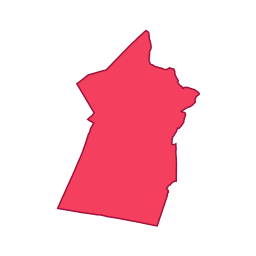 Nong Chok, Bangkok Metropolis, Thailand (Robinson projection), rotated 198°
{"feature_id": "78962969B63126335713570", "entity_name": "Nong Chok", "entity_type": "district", "adm_level": 2, "iso_a3": "THA", "parent_name": "Thailand", "parent_adm1": "Bangkok Metropolis", "projection": "robinson", "projection_center": [100.852, 13.842], "detail": "fine", "context": "isolated", "style": "filled", "palette": "rose", "viewbox_px": 256, "rotation_deg": 198, "n_neighbors": 0, "source": "geoboundaries", "source_scale": "gbopen_adm2", "svg_char_len": 5634}
<svg xmlns="http://www.w3.org/2000/svg" viewBox="0 0 256 256"><g transform="rotate(198 128 128)"><path d="M170.0,29.8L162.5,30.9L155.4,32.0L146.0,33.3L136.9,34.9L130.2,36.0L128.3,36.7L122.4,37.3L120.8,37.3L108.8,39.2L107.7,39.3L106.2,39.5L105.2,39.6L102.2,40.0L98.9,40.4L98.2,40.5L94.3,41.0L92.5,41.3L90.1,41.5L88.7,41.8L88.0,41.9L87.7,41.9L84.2,42.2L71.3,43.7L70.0,43.9L70.0,47.1L70.0,48.0L69.9,50.1L70.0,50.6L69.9,54.4L69.9,55.8L69.9,60.6L69.9,63.7L69.8,66.8L69.8,70.0L69.8,71.1L69.8,72.2L69.7,76.0L70.1,76.2L70.2,76.3L70.2,77.8L70.2,79.5L69.8,79.4L69.8,79.7L69.9,80.1L70.1,80.5L70.7,81.1L71.3,81.5L71.7,81.8L72.5,82.3L72.7,82.5L72.6,83.1L72.1,83.8L72.0,84.0L71.9,84.1L71.8,85.4L71.7,85.6L71.6,85.9L71.3,86.4L71.1,86.6L70.9,86.7L70.6,86.8L70.3,86.9L70.1,87.0L69.9,88.3L69.9,88.5L69.4,89.1L68.6,90.6L67.9,91.3L67.2,91.5L66.9,91.7L66.7,92.1L66.4,92.2L66.1,92.3L65.7,92.4L65.9,93.3L66.4,94.7L70.9,109.0L72.6,113.7L74.9,119.4L75.1,119.7L75.4,120.4L75.4,120.5L75.6,121.1L75.3,121.3L75.7,122.1L75.8,123.1L76.0,123.5L76.3,124.3L76.8,125.3L77.6,127.7L78.5,126.8L79.0,126.5L80.7,126.0L81.0,126.0L81.5,126.2L81.9,128.4L82.5,130.7L82.6,131.8L82.7,132.8L82.7,133.1L82.6,133.5L82.3,134.3L82.1,135.0L81.8,135.9L81.7,136.9L81.0,139.3L80.9,139.6L80.9,140.1L80.9,140.8L80.8,142.1L80.8,142.3L81.0,143.1L80.5,143.3L79.5,143.3L79.3,143.4L79.2,143.6L79.1,144.2L78.9,144.6L78.4,145.6L78.0,146.6L77.8,147.2L77.4,148.2L77.3,148.5L76.8,151.3L76.9,151.6L77.3,152.3L77.3,152.5L77.2,153.3L77.3,154.4L77.4,154.8L77.3,155.8L77.3,156.9L77.4,158.4L77.5,158.6L77.5,158.8L78.3,159.7L78.7,160.1L79.0,160.2L80.5,160.1L81.6,159.9L82.2,160.0L82.5,160.2L82.2,160.6L81.8,161.2L81.1,162.0L79.9,163.6L78.9,164.6L77.8,165.9L77.5,166.1L76.3,167.0L75.9,167.2L75.8,167.3L75.5,167.6L75.1,168.2L74.6,168.6L74.3,168.9L73.9,169.6L73.5,170.4L72.9,171.7L72.2,172.9L72.1,173.1L72.0,173.4L72.4,174.3L72.8,175.0L73.0,175.3L73.1,175.9L73.1,176.2L72.9,177.3L72.9,177.8L72.9,178.4L72.7,178.8L72.4,179.4L72.2,179.9L71.5,180.8L71.3,181.1L70.8,182.1L70.8,182.3L70.8,182.6L70.9,182.8L71.0,182.9L71.4,183.1L72.5,183.7L73.0,183.9L75.1,184.5L75.6,184.8L75.9,184.8L76.7,185.0L77.3,185.0L79.5,184.9L80.7,185.0L81.8,184.9L82.5,185.0L83.3,185.0L84.4,184.9L85.4,184.6L86.7,184.1L87.0,183.9L87.6,183.1L87.8,182.7L88.2,182.5L88.5,183.0L88.7,183.4L89.1,183.7L89.8,184.1L90.7,184.3L91.3,184.4L92.3,184.8L93.9,186.0L94.9,186.8L95.0,186.9L94.9,187.4L94.9,188.3L94.8,188.6L95.0,188.8L95.5,189.2L95.8,189.3L96.1,189.6L97.0,190.5L97.4,190.8L97.9,191.3L98.6,192.0L98.9,192.5L99.6,193.3L99.9,193.6L100.2,193.9L100.6,195.3L100.9,196.1L101.3,196.6L101.9,197.2L102.1,197.6L102.3,197.8L102.4,198.0L102.6,198.2L102.8,198.3L103.1,198.3L103.6,198.0L104.7,197.8L105.1,197.9L105.7,198.0L106.7,198.2L107.0,198.2L107.9,197.1L108.8,196.0L110.1,195.3L110.7,195.1L111.2,195.0L112.1,195.0L112.6,195.0L114.0,195.3L114.7,195.2L115.9,195.0L116.0,195.1L116.9,195.0L118.9,195.0L119.5,195.0L122.0,194.9L122.6,195.0L123.0,195.2L123.5,195.4L124.0,195.6L125.1,195.6L126.2,195.5L126.3,195.7L126.8,196.1L127.2,196.6L127.4,196.9L127.8,197.3L128.6,198.3L128.8,198.7L129.4,200.5L129.6,201.3L129.6,201.9L129.6,202.2L129.9,203.1L130.3,203.8L130.3,204.1L130.2,204.3L130.3,204.7L130.3,204.9L130.3,205.1L130.6,205.9L130.8,206.3L131.0,206.9L131.0,207.5L131.0,208.1L130.9,208.8L130.8,209.4L130.7,209.8L130.8,210.8L130.9,211.2L130.9,211.4L130.9,211.6L131.0,212.1L131.4,213.1L132.4,215.1L133.1,216.2L133.2,216.5L134.8,218.8L135.3,219.4L136.2,221.8L136.3,221.9L136.4,222.0L136.7,222.4L136.8,222.7L137.1,223.8L137.3,224.2L137.7,224.9L138.0,225.2L138.3,225.4L138.5,225.6L139.1,225.8L140.0,226.0L140.5,226.0L141.1,226.2L141.7,225.0L142.2,224.4L142.8,223.2L143.3,222.1L143.6,221.7L145.2,219.0L145.3,218.7L145.7,218.1L147.2,215.3L148.2,213.2L148.8,212.3L149.1,211.7L149.7,210.7L149.9,210.3L150.6,209.0L150.7,208.8L150.9,208.5L152.6,205.1L153.2,203.9L153.5,203.3L154.2,201.7L154.7,200.8L155.2,199.8L155.8,198.7L156.8,196.6L156.9,196.4L157.1,196.0L157.3,195.5L157.6,195.0L158.0,194.1L158.5,193.0L159.2,191.7L159.5,191.1L159.9,190.2L160.7,188.8L160.8,188.4L163.0,184.0L163.6,182.6L164.9,180.0L165.6,178.6L165.9,178.0L166.6,176.7L167.1,176.2L167.3,176.0L168.7,175.2L171.1,173.6L171.8,173.2L172.4,172.8L175.6,170.6L177.0,169.6L178.1,168.9L178.9,168.4L181.8,166.5L182.4,166.0L182.6,165.7L182.9,165.0L183.2,164.6L183.9,163.5L184.0,163.6L184.5,162.7L189.0,156.1L190.3,154.3L188.6,152.8L187.9,152.2L187.1,151.5L186.8,151.1L185.4,150.0L183.7,148.4L182.8,147.8L182.1,147.0L181.5,146.6L181.3,146.4L181.2,146.3L180.8,145.9L180.4,145.6L179.8,145.1L179.5,144.7L178.9,144.3L178.5,144.0L177.4,142.9L175.2,141.0L174.9,140.9L174.3,140.2L171.4,137.7L171.2,137.4L170.5,136.9L170.0,136.4L167.6,134.3L167.1,134.0L166.2,133.1L165.8,132.8L165.3,132.4L164.8,131.8L164.9,131.7L165.1,131.4L165.2,131.0L165.3,130.6L165.5,130.2L165.8,129.3L166.4,128.0L166.8,127.3L167.1,126.9L168.0,125.7L168.3,125.0L168.9,123.9L169.0,123.7L166.7,123.1L162.0,122.1L162.4,120.7L163.3,116.4L163.4,115.7L163.1,111.6L163.2,111.4L163.6,110.9L163.7,110.7L163.7,108.1L163.7,107.1L163.7,105.4L163.7,105.1L163.6,104.5L163.6,103.6L163.6,103.4L163.6,102.2L163.7,95.9L163.8,95.1L163.8,92.7L163.8,91.3L164.1,87.4L164.2,86.4L164.3,85.6L165.0,78.1L165.1,76.4L165.4,74.0L165.5,71.6L165.8,68.6L166.0,67.4L166.3,64.2L166.5,63.0L166.9,59.3L167.1,57.4L167.1,57.0L167.3,56.0L167.3,55.2L167.4,54.5L167.6,53.4L167.8,51.2L167.8,50.3L167.9,50.1L168.0,49.9L167.9,49.1L168.0,48.7L168.0,48.3L168.2,47.8L168.2,47.4L168.2,47.2L168.2,46.5L168.3,46.4L168.4,45.5L168.5,44.3L168.6,43.7L168.7,43.1L168.9,41.2L169.1,40.1L169.2,38.4L169.5,35.5L169.5,35.1L170.0,30.8L170.0,29.8Z" fill="#f43f5e" stroke="#9f1239" stroke-width="1.5"/></g></svg>